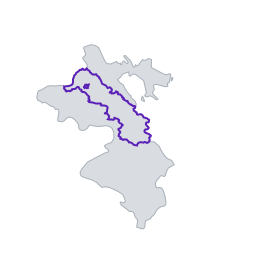 where Tadzhikistan Territories sits in Tajikistan, rotated 55°
{"feature_id": "TJK-368", "entity_name": "Tadzhikistan Territories", "entity_type": "Region", "adm_level": 1, "iso_a3": "TJK", "parent_name": "Tajikistan", "parent_adm1": "", "projection": "mercator", "projection_center": [69.993, 38.757], "detail": "fine", "context": "in_parent", "style": "outline", "palette": "violet", "viewbox_px": 256, "rotation_deg": 55, "n_neighbors": 0, "source": "natural_earth", "source_scale": "10m", "svg_char_len": 9175}
<svg xmlns="http://www.w3.org/2000/svg" viewBox="0 0 256 256"><g transform="rotate(55 128 128)"><path d="M46.2,179.4L47.1,177.3L47.5,170.1L48.7,167.6L52.1,163.2L53.9,159.7L56.0,157.0L57.4,156.0L58.8,153.9L59.9,151.3L60.2,149.8L60.1,148.5L59.7,147.7L55.3,143.4L53.9,140.6L53.2,137.2L53.0,134.8L55.4,128.1L55.0,126.9L54.3,125.9L52.9,125.3L50.9,125.0L46.4,125.3L44.7,124.9L44.3,124.5L44.0,121.4L43.6,120.8L42.8,120.2L37.8,118.8L36.8,118.2L36.6,117.4L38.4,110.6L39.2,110.1L41.1,107.8L45.3,105.9L59.0,108.4L61.3,108.7L62.8,108.4L63.8,107.6L65.7,105.4L66.9,99.2L68.0,99.0L69.2,99.3L69.7,98.7L70.2,97.2L70.6,97.0L71.5,97.8L72.3,97.1L72.2,96.5L71.3,95.5L70.5,93.8L70.8,92.7L74.4,92.1L74.8,91.5L74.6,90.6L73.7,90.1L66.9,90.3L66.5,89.7L66.7,89.1L67.2,88.6L74.3,87.4L80.8,88.5L81.9,88.2L80.6,85.4L82.3,85.1L82.6,84.2L80.3,76.8L81.5,76.1L82.8,74.7L82.7,71.9L83.8,70.5L85.2,69.6L87.1,70.5L90.2,73.3L92.2,74.0L102.2,68.9L105.8,66.7L106.5,65.8L107.7,62.4L108.4,62.2L109.3,62.6L114.4,68.3L114.4,69.1L113.9,69.6L114.0,70.2L116.6,71.4L116.6,72.0L115.7,73.6L108.0,80.3L107.7,82.4L108.3,83.1L111.5,84.3L113.1,87.7L114.3,88.1L121.5,86.9L121.6,87.5L121.2,88.5L116.3,90.2L114.1,91.7L113.6,94.3L113.1,95.0L112.1,95.7L111.1,95.8L109.6,92.7L98.2,88.0L87.9,91.3L86.4,93.6L86.9,95.8L86.6,96.7L85.6,97.0L82.6,95.2L82.0,96.8L80.8,101.6L82.0,104.5L82.4,108.8L86.3,108.6L89.5,107.3L91.1,107.3L93.6,107.8L97.9,107.9L102.2,107.8L103.0,107.0L103.9,107.3L104.7,108.3L108.2,107.1L110.7,106.9L113.3,107.6L116.2,112.2L117.8,112.8L122.6,112.2L124.0,109.8L125.3,109.1L128.9,108.5L132.0,106.6L133.6,106.4L134.3,107.1L134.7,107.9L134.3,110.2L135.3,111.0L138.3,111.2L139.7,111.9L139.6,115.5L140.8,116.3L141.5,116.4L145.8,114.1L147.0,114.1L149.5,116.8L151.4,118.5L151.9,118.2L152.8,116.5L154.4,114.5L159.3,113.3L161.1,113.0L166.6,113.8L172.1,113.8L175.1,113.4L177.5,112.2L178.7,111.3L180.6,110.8L184.4,111.1L184.5,112.7L183.9,117.8L185.8,121.6L188.3,124.7L188.5,125.7L188.3,126.5L186.7,127.3L186.2,128.2L185.9,129.2L186.4,130.3L187.3,133.9L188.4,136.6L190.0,138.0L192.4,138.8L193.7,138.7L194.6,136.6L196.2,135.0L199.6,135.0L205.2,136.8L210.6,139.5L212.2,141.0L212.8,142.7L211.3,146.6L211.3,149.1L211.7,151.7L212.9,153.7L214.1,157.1L214.3,159.8L215.2,161.6L214.2,166.7L214.7,167.6L218.9,171.2L219.4,173.1L218.5,174.3L216.8,175.8L214.1,177.7L210.3,174.0L208.6,172.8L205.4,173.2L201.3,172.1L199.2,172.2L197.9,173.5L197.0,174.8L194.9,175.2L187.2,177.7L184.9,177.4L184.3,176.8L184.8,175.9L186.4,174.8L186.8,173.4L186.5,172.1L180.9,170.6L178.6,170.8L174.5,172.4L167.1,176.6L163.8,179.4L161.5,183.6L154.5,185.0L149.6,187.4L144.7,191.4L141.4,193.5L139.8,193.8L138.2,193.4L136.6,192.4L135.0,189.1L132.7,180.7L134.4,166.7L135.3,160.9L136.1,158.9L136.2,157.5L135.5,156.8L134.0,156.9L131.7,157.6L130.0,157.8L129.0,157.3L129.1,154.6L130.3,149.7L128.5,145.6L123.7,142.3L119.6,141.2L116.3,142.2L113.4,144.8L111.2,149.1L108.8,152.6L106.3,155.3L104.0,157.1L103.6,158.2L105.0,161.8L104.9,164.8L103.4,167.3L101.8,168.4L100.0,168.3L98.6,167.8L97.6,166.7L94.7,166.5L90.1,166.9L87.0,168.1L85.3,170.1L84.8,172.7L85.5,175.9L85.2,178.4L82.6,181.1L81.6,181.3L79.7,179.8L76.6,176.6L74.5,174.9L73.3,174.6L72.0,175.1L71.3,176.5L70.3,176.9L68.9,176.6L67.6,176.9L66.9,177.9L64.7,179.1L61.0,180.4L58.9,181.9L58.6,183.4L58.0,184.1L56.9,183.9L53.5,186.0L50.9,185.3L48.0,182.6L46.4,180.4L46.2,179.4ZM115.5,99.6L113.4,100.8L112.1,100.7L110.5,98.5L110.3,97.9L114.6,98.7L115.4,99.0L115.5,99.6ZM114.3,65.3L113.6,65.3L112.3,63.9L111.9,62.8L112.4,62.5L113.5,63.2L114.2,64.5L114.3,65.3Z" fill="#d9dde1" stroke="#a8b0b8" stroke-width="1"/><path d="M133.3,106.1L134.1,106.6L134.5,107.0L134.9,107.4L135.0,107.9L134.9,108.4L134.3,109.3L134.1,109.8L134.6,110.8L135.5,111.3L136.7,111.3L139.1,110.8L139.5,110.8L139.9,111.1L140.1,111.8L140.2,112.6L140.1,113.2L139.8,113.7L139.5,114.0L139.3,114.4L139.2,115.0L139.4,115.6L139.7,116.1L140.2,116.4L140.6,116.6L141.5,116.5L142.3,116.1L144.7,114.5L145.1,114.3L145.9,114.1L146.8,113.6L147.2,113.6L147.6,113.9L147.9,114.5L148.0,115.3L148.0,116.0L148.3,116.4L148.7,116.6L149.8,116.8L150.3,117.2L150.8,117.5L150.9,118.2L151.2,118.7L151.4,119.0L151.3,119.7L151.3,120.6L151.2,120.9L151.0,121.1L150.7,121.3L149.9,121.6L149.1,122.2L149.0,122.4L148.9,122.7L149.0,123.3L148.9,123.6L148.7,123.9L147.4,125.2L146.7,126.1L146.4,126.9L146.3,127.5L146.2,127.8L146.2,128.2L146.3,128.7L146.6,129.4L146.8,129.8L147.5,130.6L146.8,131.1L146.4,131.8L146.1,132.1L145.4,132.7L144.6,133.1L143.4,133.2L142.4,133.5L142.1,133.7L141.5,134.3L140.8,134.6L140.6,134.7L140.3,135.3L140.2,135.5L139.7,135.3L139.4,135.2L138.1,135.6L137.4,135.6L136.9,135.6L136.7,135.7L136.0,136.6L135.7,137.2L135.2,137.5L135.0,137.9L135.0,138.7L134.9,139.0L134.7,139.1L133.8,139.2L133.4,139.3L132.9,139.8L132.6,140.5L132.4,140.5L132.1,140.0L131.9,139.8L131.6,139.5L131.2,139.4L130.8,139.5L129.8,140.1L129.5,140.2L129.2,140.3L129.0,140.2L128.4,139.4L127.8,138.9L127.6,138.6L127.4,138.2L127.4,137.6L127.3,137.1L127.0,136.8L126.7,136.6L126.4,136.5L125.2,136.8L124.2,136.8L123.5,136.6L123.3,136.3L123.3,136.0L123.6,135.2L123.6,134.5L123.7,133.9L123.6,133.5L122.8,132.1L122.7,131.8L122.7,131.5L122.8,130.9L122.6,130.7L122.3,130.6L121.4,130.8L120.2,131.3L119.4,131.9L119.2,132.0L118.8,132.0L118.1,131.9L117.3,132.0L117.1,132.0L117.0,131.9L116.8,131.1L116.5,130.8L116.2,130.7L114.6,131.3L114.2,131.5L112.9,132.7L112.5,132.9L111.9,133.2L111.8,133.3L111.9,133.5L112.6,134.0L112.9,134.3L113.0,134.7L112.9,135.1L112.5,135.8L112.2,136.1L111.1,137.1L110.7,138.1L110.4,138.4L109.3,139.4L109.0,138.4L108.8,137.9L107.7,137.0L107.5,136.8L107.3,136.6L105.9,136.8L104.8,136.7L104.3,136.9L103.6,137.6L102.8,138.5L102.7,138.4L102.7,138.1L102.9,136.7L102.9,136.3L102.7,135.9L101.8,135.3L101.2,134.8L100.9,134.4L99.7,133.1L99.4,132.9L99.0,132.8L98.6,132.8L97.2,133.4L96.8,133.7L95.4,135.2L94.5,136.7L94.2,137.0L93.8,137.1L93.5,137.1L93.4,137.0L93.0,136.4L92.7,136.3L92.4,136.3L92.2,136.4L92.1,136.5L89.7,140.1L88.6,141.0L87.5,141.8L87.1,142.2L86.6,142.5L86.3,143.0L86.1,143.2L85.8,143.6L85.4,144.0L84.6,144.8L84.2,145.1L83.3,145.1L83.1,145.0L82.9,144.9L82.8,144.6L82.8,144.4L83.2,143.9L83.3,143.6L82.8,143.3L80.9,143.3L80.8,142.6L80.5,142.1L80.2,141.9L79.7,141.8L78.5,142.3L75.3,142.5L73.7,143.1L73.1,143.5L72.7,144.2L72.4,144.7L72.1,144.8L71.2,145.1L70.6,144.4L70.2,144.3L69.7,144.4L69.2,145.0L68.7,145.3L68.3,145.4L67.5,145.2L66.6,145.0L66.2,145.0L65.8,145.4L65.4,145.8L65.3,146.2L65.6,147.6L65.7,148.5L65.6,149.0L64.5,150.8L64.1,151.8L64.2,152.0L64.8,152.3L64.8,152.5L64.7,153.0L64.7,154.3L64.6,154.5L63.8,154.9L63.5,155.3L63.2,156.0L62.8,157.3L62.7,157.5L62.0,157.7L61.8,157.7L61.7,157.5L61.5,157.3L59.3,157.7L58.7,157.6L58.1,157.0L57.5,156.5L57.7,156.4L57.9,156.0L58.2,155.0L58.5,154.4L59.4,153.0L60.0,151.4L60.4,149.6L60.3,148.5L59.7,147.6L57.8,145.9L56.6,145.2L56.2,144.8L55.3,143.2L54.4,142.3L54.2,141.9L54.1,141.4L54.1,140.5L53.9,140.0L53.3,139.2L53.2,138.8L53.1,138.1L53.2,136.4L53.1,135.8L52.8,134.6L52.8,134.1L52.9,133.6L53.5,133.2L53.7,132.7L53.4,132.1L53.4,131.8L53.4,131.2L53.7,131.0L54.1,131.0L54.7,130.9L55.1,130.7L55.4,130.4L55.7,129.9L55.9,129.4L56.0,128.8L55.7,128.2L55.5,127.8L56.1,127.6L57.3,127.6L57.7,127.5L59.0,126.9L59.4,126.9L59.7,126.8L60.5,127.2L61.9,126.7L62.6,126.7L63.0,126.6L63.9,126.2L64.1,126.0L64.5,125.3L65.2,124.8L65.6,123.4L65.8,123.3L65.9,123.2L67.5,123.3L69.8,122.5L70.1,122.4L70.2,122.5L70.4,122.8L70.5,122.9L70.8,122.9L72.2,122.8L73.6,122.9L75.0,123.3L75.6,123.5L77.0,123.8L77.7,123.5L78.2,123.0L80.0,122.1L80.5,121.8L80.9,121.7L83.6,121.8L83.7,121.6L83.8,121.5L83.9,120.4L84.0,119.9L84.1,119.7L84.5,119.4L84.9,119.3L86.9,119.1L87.2,119.1L88.0,119.9L88.2,120.1L88.4,120.7L88.4,121.1L88.2,122.2L88.3,122.4L88.4,122.6L88.6,122.6L89.2,122.0L89.6,121.8L90.4,121.6L90.6,121.4L90.7,121.0L90.7,120.6L91.2,120.2L91.4,119.8L91.6,119.2L91.7,118.0L91.6,117.6L91.2,117.1L91.1,116.8L92.7,115.9L93.2,115.8L93.6,116.5L94.2,116.8L94.4,116.8L94.9,116.6L95.3,116.2L95.8,115.4L96.1,115.1L98.7,114.7L99.0,114.7L99.1,115.1L99.3,115.2L99.5,115.3L100.2,114.7L100.8,114.4L101.2,114.4L101.4,114.4L101.6,114.5L101.7,114.8L101.7,115.3L101.8,115.4L102.5,115.0L105.0,113.8L105.2,113.6L105.3,113.2L105.5,113.0L105.7,112.9L106.0,112.9L106.4,113.3L106.7,113.3L107.6,113.3L110.1,112.6L110.4,112.5L110.6,112.3L110.8,111.8L112.2,111.6L112.8,111.3L113.0,110.9L113.2,110.6L113.5,110.4L114.4,109.7L114.6,110.0L115.2,110.2L115.4,110.4L115.6,110.8L115.4,111.7L115.4,112.0L115.7,112.7L116.4,113.0L117.1,113.2L117.7,113.1L118.4,112.7L118.7,112.6L119.3,112.6L119.5,112.5L119.8,112.2L120.2,112.0L120.7,112.2L121.3,112.6L121.9,112.8L122.7,112.4L123.1,111.5L123.5,110.5L124.0,109.7L124.7,109.2L125.7,108.9L126.7,108.9L128.1,109.1L128.4,109.1L128.6,108.9L129.4,108.1L129.7,107.8L130.5,107.4L131.2,106.8L132.1,106.6L132.9,106.2L133.3,106.1ZM70.7,137.1L70.6,136.6L70.5,136.2L70.2,135.7L70.1,135.3L69.9,135.1L69.8,135.3L69.7,135.7L69.8,136.3L69.7,136.6L69.1,136.9L68.6,137.1L68.5,137.4L68.7,137.9L68.1,138.3L68.2,138.5L68.8,138.3L68.9,138.6L68.8,139.0L69.0,139.4L69.0,139.8L69.0,140.5L69.5,140.8L69.9,140.7L70.4,140.6L70.4,140.3L70.4,139.8L71.0,139.2L71.7,139.0L71.9,138.6L72.1,138.1L71.7,138.0L71.6,137.6L71.2,137.6L70.9,137.4L71.0,137.1L70.7,137.1Z" fill="none" stroke="#5b21b6" stroke-width="2"/></g></svg>